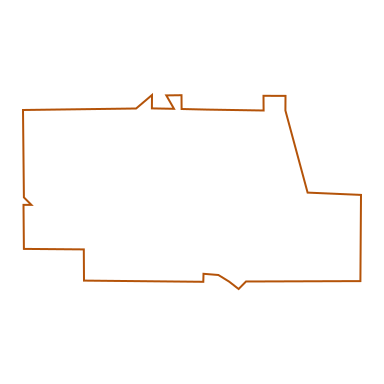 Pickens, Georgia, United States of America (Robinson projection)
{"feature_id": "52423323B6766402931350", "entity_name": "Pickens", "entity_type": "district", "adm_level": 2, "iso_a3": "USA", "parent_name": "United States of America", "parent_adm1": "Georgia", "projection": "robinson", "projection_center": [-84.473, 34.468], "detail": "fine", "context": "isolated", "style": "outline", "palette": "amber", "viewbox_px": 384, "rotation_deg": 0, "n_neighbors": 0, "source": "geoboundaries", "source_scale": "gbopen_adm2", "svg_char_len": 462}
<svg xmlns="http://www.w3.org/2000/svg" viewBox="0 0 384 384"><path d="M23.0,110.0L23.9,197.4L31.4,204.9L23.5,204.9L23.9,248.9L83.8,249.4L84.0,280.6L203.3,281.8L203.5,273.8L218.4,275.0L229.1,281.6L238.6,289.0L246.0,281.5L360.4,281.1L361.0,194.9L307.6,192.6L285.4,110.5L285.5,95.9L263.5,95.8L263.6,110.5L207.6,109.6L181.6,109.0L181.5,95.2L166.3,95.4L174.0,108.8L151.9,108.4L152.0,95.0L136.1,108.5L23.0,110.0Z" fill="none" stroke="#b45309" stroke-width="2"/></svg>